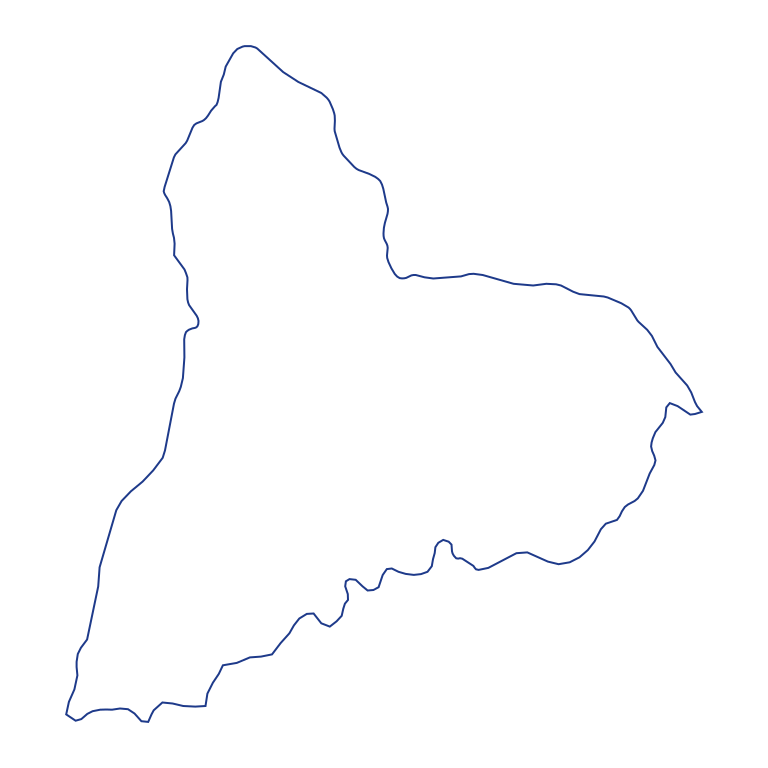 map outline of Tacuarembó (Equal Earth projection)
{"feature_id": "URY-15", "entity_name": "Tacuarembó", "entity_type": "Department", "adm_level": 1, "iso_a3": "URY", "parent_name": "Uruguay", "parent_adm1": "", "projection": "equal_earth", "projection_center": [-55.77, -32.059], "detail": "fine", "context": "isolated", "style": "outline", "palette": "blue", "viewbox_px": 768, "rotation_deg": 0, "n_neighbors": 0, "source": "natural_earth", "source_scale": "10m", "svg_char_len": 3502}
<svg xmlns="http://www.w3.org/2000/svg" viewBox="0 0 768 768"><path d="M99.6,567.3L116.3,510.2L121.6,501.0L130.9,491.3L142.6,481.6L153.2,470.4L162.7,457.8L165.0,450.4L174.0,403.6L175.5,398.6L179.2,391.2L180.8,386.9L182.9,378.1L184.2,360.3L184.2,360.2L184.4,357.3L184.2,339.3L184.9,335.1L186.0,332.1L187.4,330.8L189.0,329.7L192.3,328.4L195.0,327.9L196.4,327.3L197.5,326.1L198.3,324.0L198.5,321.0L197.9,318.3L196.7,315.8L189.1,305.1L188.1,302.5L187.4,299.2L187.0,289.3L187.5,280.1L187.4,277.3L186.0,273.2L184.5,269.5L174.1,255.3L174.6,243.7L174.0,237.9L172.9,233.5L172.1,228.9L171.1,210.9L170.4,206.2L169.2,202.1L167.3,198.4L165.2,195.1L164.3,193.3L163.7,191.3L164.6,187.0L173.9,157.4L175.4,154.4L185.7,143.1L187.2,140.6L192.5,127.7L194.2,125.0L196.4,123.4L202.4,121.0L204.0,120.0L206.0,118.2L208.0,115.6L211.1,110.7L215.0,106.2L216.5,104.9L217.6,102.1L218.6,97.9L220.9,81.8L223.8,74.5L225.7,66.6L233.2,53.3L237.3,49.0L242.6,46.6L244.8,46.1L250.8,46.1L255.5,47.5L257.2,48.5L283.2,72.1L298.4,82.0L321.3,93.0L326.7,97.7L328.3,99.6L329.6,101.6L332.9,109.2L334.2,113.3L334.7,115.6L334.9,120.8L334.5,128.8L334.7,131.2L339.5,147.6L340.1,149.1L340.2,149.3L341.3,152.0L342.2,153.7L343.6,155.6L354.2,166.9L356.5,168.8L358.8,170.1L369.2,173.9L375.3,176.9L378.2,179.0L380.2,181.0L382.0,184.6L383.3,188.8L386.2,202.5L387.5,206.6L388.0,208.9L387.9,211.4L387.5,213.9L384.9,222.9L383.9,227.9L383.5,233.4L383.6,236.0L384.0,238.3L384.8,240.2L386.7,243.8L387.4,245.7L387.7,247.9L387.0,255.5L387.2,258.0L388.5,262.1L391.4,268.3L394.8,274.0L397.2,276.6L399.7,278.1L402.0,278.4L404.2,278.3L406.2,277.9L411.4,275.4L413.5,275.0L415.8,275.0L424.5,277.3L433.3,278.5L461.0,276.4L469.0,274.1L473.6,273.8L482.7,275.0L513.6,283.8L533.2,285.5L546.3,283.8L556.1,284.3L561.0,285.5L573.1,291.7L579.5,294.1L603.8,296.5L607.7,297.5L621.4,303.3L628.5,307.5L629.9,308.8L631.1,310.3L637.3,320.4L638.6,321.9L647.2,329.8L651.9,335.9L657.4,346.9L670.5,364.0L675.6,372.5L687.2,385.5L691.2,392.4L695.0,402.1L697.1,406.1L701.8,411.9L695.0,414.0L690.3,414.6L677.6,406.1L669.8,403.1L666.3,407.4L665.3,417.1L662.8,422.8L655.4,432.1L652.8,438.3L651.6,442.5L651.1,446.5L652.2,451.1L654.2,455.7L655.5,460.4L654.3,465.0L649.7,473.5L643.0,490.8L637.8,498.4L634.6,501.0L628.0,504.5L624.8,507.0L621.9,511.4L619.7,516.1L617.0,519.9L605.8,523.7L600.9,529.2L594.5,541.5L587.8,550.1L579.5,557.3L569.7,562.3L558.6,564.2L547.9,561.6L527.3,552.4L516.4,553.2L488.3,567.9L478.6,569.9L476.0,569.3L474.7,567.8L473.4,565.9L462.3,558.7L460.0,558.2L458.2,558.6L456.2,558.3L453.9,555.8L452.6,553.5L452.0,551.3L451.5,544.6L448.7,541.7L443.2,539.9L438.3,542.8L435.4,547.2L434.7,553.1L433.0,559.2L431.8,566.2L427.5,571.8L421.0,574.1L413.8,574.9L405.7,573.9L398.5,571.8L391.8,568.5L386.8,569.1L382.7,575.0L378.6,587.2L373.4,590.0L367.6,590.5L362.5,586.3L355.7,579.8L349.5,579.1L345.9,581.3L345.2,586.3L347.8,594.1L348.0,599.9L344.9,603.7L343.3,608.7L341.7,615.8L336.6,621.3L329.8,626.6L321.3,623.3L313.6,613.5L306.8,613.9L299.3,618.5L293.9,625.4L289.4,633.3L280.6,643.1L272.0,654.4L261.0,656.6L249.9,657.4L236.8,662.9L222.9,665.3L218.8,673.9L212.9,682.7L207.4,693.6L205.5,706.0L195.3,706.6L183.2,706.0L172.6,703.5L162.4,702.5L153.7,710.3L151.5,714.4L148.2,721.9L141.4,721.2L134.5,713.5L128.0,709.2L120.0,708.5L112.0,709.7L106.5,709.5L100.2,709.7L92.6,711.2L87.3,713.9L81.3,719.1L75.6,720.7L66.2,714.4L68.9,701.9L74.4,689.4L77.4,675.4L76.6,667.0L76.6,661.8L77.8,654.0L80.9,647.8L87.1,639.5L88.4,633.3L98.2,586.5L99.6,567.3Z" fill="none" stroke="#1e3a8a" stroke-width="2"/></svg>